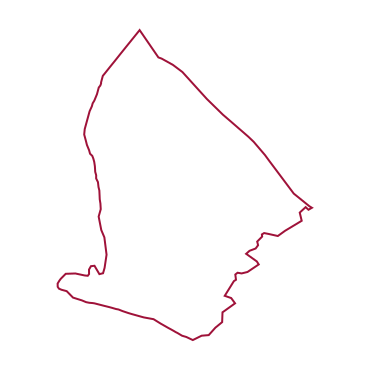 Madagali, Adamawa, Nigeria (Natural Earth projection), rotated 285°
{"feature_id": "59680162B31090464189446", "entity_name": "Madagali", "entity_type": "district", "adm_level": 2, "iso_a3": "NGA", "parent_name": "Nigeria", "parent_adm1": "Adamawa", "projection": "natural_earth1", "projection_center": [13.488, 10.795], "detail": "fine", "context": "isolated", "style": "outline", "palette": "rose", "viewbox_px": 384, "rotation_deg": 285, "n_neighbors": 0, "source": "geoboundaries", "source_scale": "gbopen_adm2", "svg_char_len": 1761}
<svg xmlns="http://www.w3.org/2000/svg" viewBox="0 0 384 384"><g transform="rotate(285 192 192)"><path d="M59.3,136.1L59.4,141.7L59.4,144.4L59.3,148.9L59.5,151.4L59.0,155.6L58.6,161.9L58.5,165.6L58.4,176.0L58.4,178.0L59.2,187.8L56.8,195.7L54.5,204.5L53.9,207.1L53.0,210.6L52.4,212.7L52.1,214.3L50.6,219.6L50.5,224.0L49.2,231.1L55.7,238.5L58.1,245.2L67.0,249.7L74.1,254.8L83.7,252.6L84.5,253.3L95.6,262.4L99.7,257.3L100.2,250.5L116.7,255.5L118.6,257.2L123.5,255.2L125.8,256.9L126.2,261.0L129.1,266.3L139.3,275.2L141.7,272.6L146.3,260.3L150.1,262.8L153.9,268.1L157.7,269.6L161.0,267.8L167.1,271.3L169.1,270.5L171.0,272.3L171.3,276.8L171.7,286.3L178.7,292.0L192.6,305.4L200.0,301.4L206.8,305.7L205.0,309.1L207.8,311.9L208.7,308.9L216.8,290.7L232.6,270.6L241.7,259.0L246.6,252.9L256.5,238.5L260.1,231.9L272.1,207.2L274.7,201.8L285.8,182.1L305.4,151.7L306.9,148.0L309.8,140.8L313.0,128.1L313.3,124.7L334.4,100.0L334.5,99.8L334.8,99.5L315.4,90.9L306.8,87.1L300.8,84.5L292.0,80.6L284.9,77.5L281.1,75.8L275.5,75.8L274.3,75.8L273.3,76.1L271.1,75.9L269.5,75.2L268.8,74.9L266.7,74.9L265.1,74.9L261.9,74.9L255.0,74.0L251.9,73.1L248.9,73.1L243.5,72.2L225.0,72.1L219.6,73.0L213.9,76.3L210.3,78.3L205.7,81.8L202.6,83.6L201.1,86.3L198.8,88.0L195.9,89.7L195.7,89.8L191.8,91.5L186.4,93.3L183.4,95.1L180.3,95.9L177.2,98.6L172.6,100.4L169.5,102.1L164.5,103.7L161.0,104.8L157.2,106.5L151.8,108.3L144.1,108.2L143.9,108.3L131.8,114.2L125.5,119.1L109.3,125.7L96.1,127.2L90.5,127.1L88.7,123.8L95.5,116.9L94.2,113.6L90.4,112.6L86.1,113.8L84.1,113.0L83.6,109.9L83.1,100.4L80.3,91.2L74.2,87.7L71.9,86.8L68.8,85.9L65.7,86.8L64.2,88.5L63.8,91.3L63.8,96.6L59.2,104.4L58.8,113.7L58.2,118.2L58.4,121.4L59.0,124.8L59.2,126.6L59.3,136.1Z" fill="none" stroke="#9f1239" stroke-width="2"/></g></svg>